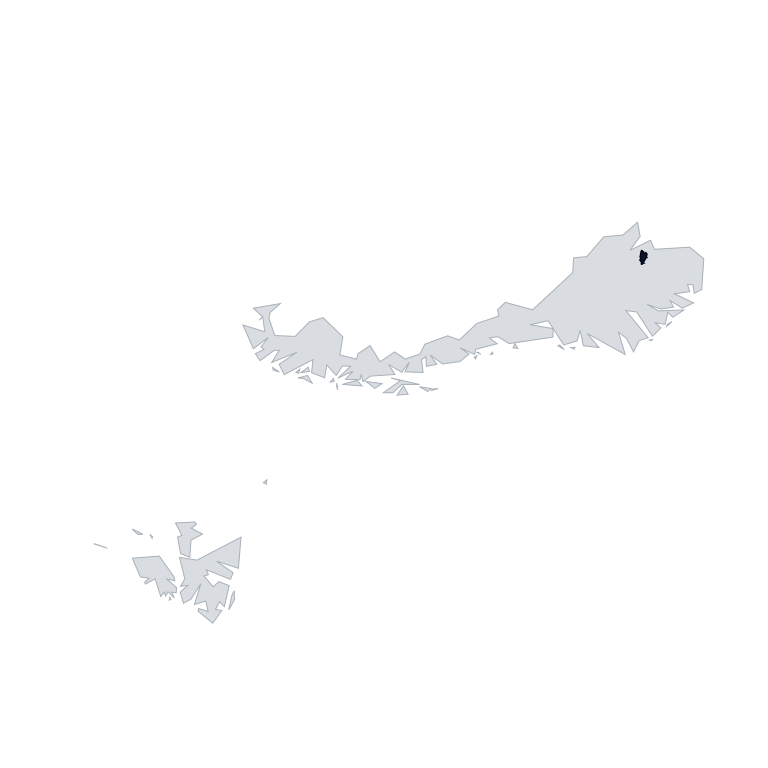 Kongsberg nor, Buskerud, Norway (highlighted), rotated 229°
{"feature_id": "86288312B15384371721411", "entity_name": "Kongsberg nor", "entity_type": "district", "adm_level": 2, "iso_a3": "NOR", "parent_name": "Norway", "parent_adm1": "Buskerud", "projection": "albers", "projection_center": [9.617, 59.595], "detail": "fine", "context": "in_parent", "style": "filled", "palette": "ink", "viewbox_px": 768, "rotation_deg": 229, "n_neighbors": 0, "source": "geoboundaries", "source_scale": "gbopen_adm2", "svg_char_len": 5589}
<svg xmlns="http://www.w3.org/2000/svg" viewBox="0 0 768 768"><g transform="rotate(229 384 384)"><path d="M435.0,369.8L420.7,379.6L423.9,384.1L422.1,398.7L403.3,395.6L401.3,413.0L388.9,416.5L383.0,430.7L387.2,441.0L378.6,463.7L367.8,469.7L368.8,493.7L359.9,515.3L365.5,518.3L366.1,529.1L342.5,544.9L344.3,599.6L354.9,609.9L347.1,620.5L350.9,646.5L339.7,662.0L339.7,681.5L327.4,674.2L323.5,657.3L317.6,679.5L308.2,676.5L286.7,704.5L268.7,707.5L246.9,685.8L248.9,677.6L256.0,682.2L260.2,678.5L253.2,675.3L261.6,662.2L242.1,670.9L245.5,658.9L259.2,654.6L252.1,652.9L258.7,642.4L271.4,634.8L259.1,639.1L243.1,658.9L244.9,645.8L252.0,645.2L244.6,635.3L252.4,628.7L244.6,629.8L243.9,617.9L272.5,622.0L280.8,614.7L245.6,613.7L249.4,605.2L244.5,593.4L259.3,596.9L269.3,595.0L248.0,585.4L288.7,570.5L270.5,570.2L282.0,559.6L295.8,567.3L289.8,558.0L295.6,545.3L324.1,549.3L332.8,533.3L314.9,547.9L308.5,542.3L332.4,505.0L344.9,501.0L349.6,493.8L340.1,495.9L350.1,475.8L346.9,471.8L361.5,465.2L350.7,467.8L351.2,455.9L360.7,441.4L375.5,437.9L364.2,436.8L369.5,427.6L377.2,433.5L377.8,428.4L367.1,421.0L379.4,407.8L383.8,417.4L381.3,405.1L395.7,400.3L384.1,398.5L398.9,378.8L399.4,369.7L406.3,373.2L403.0,368.6L412.8,358.1L414.0,369.0L418.7,353.1L419.2,370.5L424.9,364.4L421.8,353.5L435.9,353.3L427.7,343.3L440.1,336.8L449.0,346.4L456.6,314.9L467.6,317.8L465.1,339.1L473.9,313.4L478.2,327.0L481.4,323.2L482.9,305.8L491.3,306.8L488.9,316.2L492.6,315.5L495.1,327.2L496.3,308.6L521.1,316.3L501.7,328.3L514.0,336.5L526.9,335.1L512.7,358.5L512.7,345.0L509.1,340.2L492.2,333.4L478.2,348.2L479.8,368.5L474.0,381.6L446.5,383.8L435.0,369.8ZM350.1,88.8L360.6,93.6L360.8,103.7L364.7,97.8L367.7,105.9L387.3,115.9L373.8,127.3L362.2,175.6L340.4,153.2L360.1,141.4L340.6,146.3L337.3,140.0L360.4,128.0L355.3,126.4L357.1,122.2L343.0,122.0L343.2,129.7L333.4,134.9L320.7,117.4L327.5,117.1L324.4,108.9L319.5,113.0L315.8,97.8L334.6,94.6L336.2,96.8L327.8,102.0L337.1,107.1L341.9,96.3L353.4,114.7L348.3,97.2L350.1,88.8ZM370.0,76.1L387.1,83.4L389.5,72.7L391.5,73.4L391.5,79.2L398.3,73.6L417.6,79.8L401.6,101.5L376.1,99.0L372.8,97.0L379.2,92.1L366.3,93.8L362.8,90.2L366.2,87.2L360.1,85.4L368.9,84.8L367.2,80.0L371.0,81.9L370.0,76.1ZM389.4,119.2L403.9,127.8L402.4,132.2L415.9,135.4L403.9,150.8L401.1,150.3L401.7,143.9L389.8,148.6L392.7,135.9L380.7,123.7L389.4,119.2ZM375.8,398.5L383.9,393.3L360.3,410.5L371.9,397.3L371.6,385.0L377.8,377.8L375.8,398.5ZM386.7,374.3L397.8,372.0L385.6,382.8L386.7,374.3ZM396.9,366.2L411.1,352.2L404.5,365.9L396.9,366.2ZM315.4,118.7L324.1,130.2L326.3,135.3L319.3,129.7L315.4,118.7ZM367.0,386.6L369.9,397.5L360.5,395.5L367.0,386.6ZM445.0,323.0L440.6,331.9L431.8,330.3L441.0,326.9L445.0,323.0ZM447.2,328.3L446.4,337.8L442.4,336.1L447.2,328.3ZM349.8,412.0L358.6,409.0L349.3,416.8L349.8,412.0ZM452.9,61.1L441.6,67.4L453.2,60.5L452.9,61.1ZM431.9,99.6L439.9,98.8L428.8,103.5L431.9,99.6ZM461.7,312.9L467.2,309.5L469.5,310.8L461.7,312.9ZM450.7,325.2L450.5,330.2L448.0,326.5L450.7,325.2ZM420.7,344.6L421.4,349.5L418.7,348.1L420.7,344.6ZM388.7,228.2L388.6,232.8L385.6,229.5L388.7,228.2ZM424.1,108.8L420.5,109.1L419.7,107.7L424.1,108.8ZM326.6,505.1L328.6,509.1L323.1,508.3L326.6,505.1ZM409.9,345.3L413.3,346.6L415.6,349.1L409.9,345.3ZM361.7,80.1L363.5,82.5L361.2,81.8L361.7,80.1ZM298.3,542.3L291.8,542.7L298.7,540.3L298.3,542.3ZM288.9,548.9L286.4,552.3L285.4,550.5L288.9,548.9ZM347.9,418.0L345.0,422.0L348.0,415.3L347.9,418.0ZM243.2,636.9L242.1,642.4L242.0,635.1L243.2,636.9ZM344.5,472.7L343.0,469.5L344.9,469.6L344.5,472.7ZM514.0,331.7L514.5,335.7L514.1,335.1L514.0,331.7ZM346.3,475.8L342.9,476.6L347.0,474.9L346.3,475.8ZM336.5,483.7L336.9,486.8L335.2,485.9L336.5,483.7ZM242.9,613.1L241.1,616.4L241.6,613.7L242.9,613.1Z" fill="#d9dde1" stroke="#a8b0b8" stroke-width="1"/><path d="M315.7,665.9L315.6,665.6L315.5,665.4L315.4,665.2L315.2,664.8L315.1,664.7L314.9,664.5L314.9,664.4L314.7,664.3L314.6,664.2L314.4,664.0L314.4,663.9L314.3,663.7L314.1,663.5L314.0,663.3L314.0,663.2L313.9,663.1L313.7,662.9L313.5,662.7L313.4,662.7L313.2,662.4L312.8,661.9L312.7,661.8L312.6,661.6L312.4,661.2L312.2,661.0L312.2,660.9L311.9,660.7L311.8,660.8L311.7,660.8L311.5,660.7L311.4,660.7L311.2,660.6L311.1,660.4L311.1,660.5L310.8,660.4L310.5,660.2L310.4,660.1L310.2,659.9L310.3,659.9L310.2,659.8L310.0,659.7L309.9,659.6L309.8,659.4L309.8,658.9L309.8,658.7L309.7,658.6L309.6,658.4L309.3,658.5L309.2,658.6L309.0,658.8L309.0,658.7L308.9,658.7L308.9,658.8L308.8,658.6L308.7,658.6L308.7,658.4L308.4,658.3L307.8,658.4L307.2,658.4L306.9,658.3L306.8,658.2L306.7,658.1L306.6,657.9L306.5,657.7L306.4,657.6L306.2,657.5L306.2,657.4L305.8,657.1L305.7,657.0L305.5,656.9L305.4,657.0L305.2,657.3L305.2,657.5L305.1,657.8L305.1,658.0L305.1,658.3L305.1,658.5L305.2,658.8L305.3,658.8L305.2,658.9L305.1,659.0L305.0,659.4L304.9,659.5L305.2,659.5L306.0,659.8L306.0,660.0L306.0,660.5L306.1,660.8L306.3,661.0L306.3,661.4L306.4,661.6L306.4,661.8L306.5,661.8L306.5,662.0L306.6,662.3L306.7,662.5L306.8,662.7L306.8,662.9L306.8,663.0L306.9,663.4L307.0,663.5L307.6,664.0L307.3,664.7L307.2,664.9L307.1,665.1L306.9,665.3L307.0,665.5L307.7,665.6L307.9,665.6L308.2,665.5L308.5,665.9L308.6,666.1L308.6,666.3L308.6,666.5L308.9,666.8L309.2,666.9L309.2,667.3L309.8,667.8L310.1,667.8L310.4,667.7L311.1,667.7L311.5,667.7L311.5,667.3L311.4,667.0L311.2,666.4L311.4,666.4L311.5,666.4L312.1,666.0L312.3,666.1L312.5,666.2L312.6,666.3L313.0,666.3L313.5,666.4L313.8,666.4L313.9,666.2L314.0,666.1L314.3,666.1L314.5,666.1L314.8,666.1L314.8,666.3L315.0,666.3L315.1,666.2L315.3,666.1L315.6,666.0L315.7,665.9L315.7,665.9Z" fill="#0f172a" stroke="#020617" stroke-width="1.5"/></g></svg>